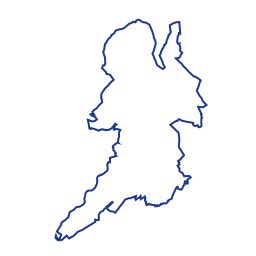 outline of Tureni, Cluj, Romania, rotated 266°
{"feature_id": "2599482B36645978156904", "entity_name": "Tureni", "entity_type": "district", "adm_level": 2, "iso_a3": "ROU", "parent_name": "Romania", "parent_adm1": "Cluj", "projection": "orthographic", "projection_center": [23.671, 46.648], "detail": "fine", "context": "isolated", "style": "outline", "palette": "blue", "viewbox_px": 256, "rotation_deg": 266, "n_neighbors": 0, "source": "geoboundaries", "source_scale": "gbopen_adm2", "svg_char_len": 5784}
<svg xmlns="http://www.w3.org/2000/svg" viewBox="0 0 256 256"><g transform="rotate(266 128 128)"><path d="M48.8,152.3L48.2,153.6L48.8,153.8L49.0,155.2L50.1,155.6L50.1,156.1L49.8,157.0L50.4,158.3L50.2,161.0L51.8,162.8L52.4,163.2L52.8,162.9L53.3,163.7L54.3,166.5L55.0,166.9L57.3,167.7L63.2,170.9L65.6,172.5L66.0,173.2L65.4,173.7L64.2,173.0L62.7,176.8L63.6,177.8L65.5,178.7L67.2,180.0L70.8,181.1L70.8,182.4L68.4,181.9L68.5,183.7L72.5,183.8L74.3,187.1L75.6,186.0L76.0,185.4L75.8,184.2L76.0,182.3L75.9,180.9L76.0,180.6L79.2,179.3L79.8,178.6L80.0,177.9L81.4,176.5L81.9,176.3L82.3,176.2L84.0,176.6L85.2,175.9L85.2,175.6L87.0,174.8L87.9,176.7L89.7,176.1L90.1,176.8L91.5,175.7L92.0,176.6L93.1,177.9L93.0,178.2L95.7,180.5L96.4,181.5L97.0,182.0L105.5,177.4L111.8,178.3L115.5,178.4L120.2,178.0L120.5,177.4L128.2,170.4L130.7,174.6L131.9,177.2L131.6,177.7L133.3,179.4L131.2,183.0L128.6,193.2L127.4,193.1L126.6,193.3L125.4,194.5L125.3,195.6L125.8,197.0L125.8,197.7L125.6,198.0L124.9,198.0L124.1,198.3L123.8,199.0L123.8,199.7L124.5,201.0L125.2,201.4L126.9,201.6L129.4,201.5L133.8,202.1L133.7,202.4L136.4,201.8L136.6,202.3L143.9,199.5L144.3,199.5L143.7,201.7L143.7,203.6L143.4,204.1L145.5,207.9L149.7,204.4L153.1,203.2L154.5,202.0L159.9,199.4L161.2,199.5L163.2,200.7L169.6,203.2L170.1,203.9L170.4,203.8L171.4,203.0L173.5,200.0L174.3,199.1L174.9,197.2L179.9,192.5L184.1,189.2L186.2,187.2L188.0,186.3L190.7,183.5L191.7,182.9L193.2,181.5L193.5,181.0L194.2,180.6L194.2,182.9L194.3,183.4L194.8,184.2L195.4,184.8L197.6,185.9L198.0,186.4L199.4,187.3L201.5,185.2L203.9,185.9L208.4,185.0L208.7,185.2L208.6,184.1L208.8,183.5L210.6,183.1L215.8,184.0L217.1,184.9L219.1,185.4L218.5,186.7L230.1,186.6L230.1,183.6L229.8,182.1L229.5,181.1L227.7,177.0L227.4,177.1L226.0,176.8L224.3,177.1L222.3,177.0L221.5,177.4L221.0,177.4L219.6,176.8L217.7,174.8L216.8,174.9L215.8,174.1L215.2,174.0L212.3,172.6L211.5,172.3L211.0,172.4L209.9,171.9L209.4,171.4L208.8,171.1L208.5,170.1L207.7,170.1L207.4,169.6L205.4,168.7L204.9,168.3L204.7,167.9L203.1,167.2L201.7,166.1L201.0,166.1L199.0,165.3L198.8,165.1L198.7,164.8L198.0,164.5L196.3,165.3L191.8,166.9L190.0,167.3L185.9,168.9L185.3,168.4L184.4,166.8L188.5,161.6L200.7,157.6L202.7,158.9L209.2,161.2L210.7,161.6L212.9,161.3L216.2,160.2L219.7,159.7L223.8,158.6L229.3,156.6L229.9,156.3L230.2,155.6L231.9,153.3L232.2,151.4L232.6,150.2L232.9,149.6L235.0,146.9L235.3,146.3L235.3,145.6L234.5,143.7L233.3,143.1L232.9,142.4L233.6,141.0L233.6,140.5L232.7,139.0L231.9,136.5L231.1,135.3L229.2,132.9L227.7,130.4L227.2,128.4L226.7,124.8L226.1,123.0L225.4,121.9L223.8,121.2L221.7,117.9L221.4,118.0L220.0,116.9L219.0,115.8L218.1,114.5L216.4,113.3L216.1,112.9L215.1,112.6L213.5,111.0L210.5,110.2L208.7,109.9L206.4,109.1L205.5,108.5L199.8,110.0L194.0,109.8L192.3,109.0L192.2,108.6L192.2,107.4L191.3,107.1L189.6,106.2L185.3,109.9L184.7,110.2L184.2,110.1L183.7,110.2L183.4,110.5L182.9,112.5L182.1,113.9L177.2,117.0L176.2,116.0L175.6,115.0L174.4,113.7L174.2,113.2L173.3,112.6L171.1,110.5L170.8,109.7L169.9,108.7L167.4,106.5L164.6,104.3L163.5,103.7L159.6,103.4L159.4,103.7L155.4,103.9L151.7,99.7L150.0,98.3L148.1,95.2L146.6,93.6L145.2,94.0L143.5,95.4L143.3,95.4L144.0,93.8L144.3,93.4L144.5,92.6L144.4,91.6L144.2,91.5L142.8,93.0L141.7,95.3L141.0,96.3L139.8,96.8L138.7,97.6L137.2,95.2L137.1,92.6L137.7,91.0L138.3,90.2L139.0,88.5L134.0,89.2L130.4,89.4L130.5,91.1L130.3,91.3L129.7,91.1L129.9,92.8L129.8,93.6L128.4,96.4L128.2,97.1L127.6,97.9L127.4,98.9L128.3,100.2L128.1,100.6L128.6,102.5L128.0,103.4L127.9,103.9L128.0,104.3L127.6,104.6L127.7,106.0L127.3,106.2L127.4,106.8L127.3,107.3L127.6,108.0L127.4,108.5L128.7,111.6L133.1,115.5L132.3,116.7L131.6,115.7L130.0,114.4L127.3,113.8L127.1,114.2L128.1,114.8L127.6,117.4L126.7,120.2L125.3,119.5L124.6,118.9L124.1,118.7L120.3,118.5L118.2,117.8L114.6,117.0L114.0,117.4L114.1,117.2L113.9,115.9L111.3,112.0L110.9,111.6L109.9,111.5L109.7,111.8L109.1,112.1L106.8,111.8L105.7,113.0L105.0,113.2L103.9,114.0L103.4,114.1L103.0,113.4L101.8,113.6L100.9,114.3L99.5,107.9L95.0,107.7L95.2,105.8L94.3,105.7L93.0,104.7L88.7,105.0L86.8,104.2L85.0,101.6L84.1,100.6L83.8,99.4L83.2,98.6L83.0,97.8L83.0,96.9L82.3,95.9L81.9,94.5L80.3,93.7L77.1,93.6L74.5,93.1L70.8,91.1L69.0,88.9L68.4,87.9L68.2,87.1L68.3,84.5L68.2,83.6L67.3,82.2L66.5,81.5L65.9,81.1L63.3,80.5L60.5,79.5L57.3,79.8L55.2,78.7L54.8,78.1L54.3,76.9L53.1,74.9L52.9,74.1L52.8,72.2L52.5,70.8L50.4,68.5L49.7,67.2L48.5,64.7L48.0,64.0L47.2,63.6L44.6,62.7L43.6,62.5L42.9,62.1L42.1,60.6L40.4,59.0L39.7,57.3L38.1,55.1L37.7,54.8L35.9,54.6L33.9,52.8L29.7,49.9L27.9,51.8L26.3,54.0L23.7,52.8L22.5,51.7L22.2,50.7L22.2,50.4L23.9,49.1L25.8,48.6L25.3,48.4L24.5,48.4L23.8,48.1L23.4,48.1L23.2,48.2L23.3,48.6L21.8,49.4L20.9,50.4L20.7,51.5L21.2,53.9L20.9,54.2L24.9,59.3L21.9,61.6L24.5,66.7L27.9,70.6L28.7,72.8L29.8,75.9L31.7,79.3L32.2,80.5L33.3,82.4L36.2,88.0L36.7,88.8L38.9,88.8L39.0,89.2L38.3,89.7L38.3,92.4L38.9,92.3L40.7,92.7L42.3,92.6L44.2,93.2L45.2,93.9L46.5,95.3L46.9,97.0L47.5,97.7L48.7,98.6L49.3,99.6L50.1,100.5L51.3,101.4L52.1,102.8L55.4,107.1L55.1,107.5L54.5,107.3L53.5,105.8L52.0,104.2L49.6,101.1L48.0,102.4L47.4,103.2L46.5,104.0L46.0,105.6L45.8,106.8L44.9,108.7L44.5,108.9L44.3,109.3L46.6,111.2L47.9,112.7L49.6,113.8L52.0,116.2L54.2,118.0L54.9,118.8L56.0,119.5L56.8,120.2L57.9,123.9L57.9,124.7L57.7,125.4L59.6,131.2L58.9,131.0L57.9,130.2L56.4,130.5L55.8,130.8L56.8,132.1L57.6,134.0L59.3,135.8L58.8,135.9L58.2,135.6L57.9,135.8L56.2,135.9L58.4,139.9L57.4,139.8L57.3,140.3L56.9,140.5L56.0,140.1L54.6,139.8L53.9,140.0L53.4,140.4L53.2,141.0L52.7,141.0L52.6,140.7L52.1,140.6L50.7,140.7L49.7,141.3L50.9,143.0L50.8,143.3L50.4,143.7L50.7,144.2L50.0,144.8L50.0,146.1L49.6,146.6L49.5,147.9L49.1,149.1L48.4,149.4L48.9,149.9L48.4,150.5L48.8,150.5L48.8,151.1L48.7,151.8L48.4,152.0L48.8,152.3Z" fill="none" stroke="#1e3a8a" stroke-width="2"/></g></svg>